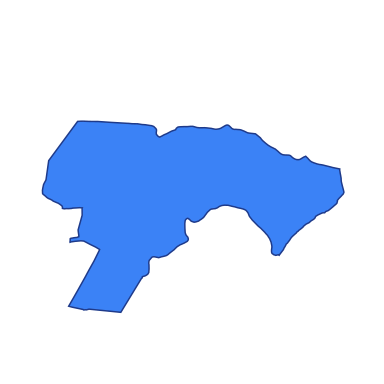 Roseau Valley, Anse-la-Raye, Saint Lucia (orthographic projection), rotated 165°
{"feature_id": "8701671B68986810783457", "entity_name": "Roseau Valley", "entity_type": "district", "adm_level": 2, "iso_a3": "LCA", "parent_name": "Saint Lucia", "parent_adm1": "Anse-la-Raye", "projection": "orthographic", "projection_center": [-61.028, 13.953], "detail": "fine", "context": "isolated", "style": "filled", "palette": "blue", "viewbox_px": 384, "rotation_deg": 165, "n_neighbors": 0, "source": "geoboundaries", "source_scale": "gbopen_adm2", "svg_char_len": 5919}
<svg xmlns="http://www.w3.org/2000/svg" viewBox="0 0 384 384"><g transform="rotate(165 192 192)"><path d="M322.8,175.0L321.7,175.1L317.5,174.6L311.9,173.6L309.2,172.6L306.9,170.5L304.0,167.8L299.4,163.8L296.1,160.4L296.5,159.8L300.8,154.9L304.6,150.6L311.5,143.5L315.3,139.5L316.3,138.4L326.7,127.7L334.2,120.1L339.3,115.0L340.7,113.6L337.6,111.8L330.9,108.4L327.6,106.7L327.0,106.0L326.3,106.0L325.3,105.8L324.5,105.5L321.8,105.5L299.8,97.2L291.9,94.2L263.3,121.5L263.1,121.6L262.6,121.8L262.2,122.1L262.0,122.9L261.9,123.0L261.2,123.1L260.2,123.1L259.2,123.1L258.1,123.3L257.0,123.7L256.2,123.9L254.6,125.4L253.4,128.8L252.4,132.8L252.2,134.5L251.8,135.5L251.5,136.3L251.1,136.8L251.0,137.0L250.7,137.3L250.0,137.7L248.9,138.5L247.7,139.3L247.1,139.5L246.2,139.4L245.4,139.3L244.8,139.0L244.6,138.9L243.9,138.6L243.2,138.2L242.1,137.7L241.5,137.3L240.8,137.2L240.2,137.2L238.4,137.3L236.4,137.2L234.8,137.2L234.5,137.2L233.7,137.2L233.1,137.3L232.2,137.5L231.4,137.8L230.7,138.1L229.8,138.6L229.0,138.9L228.1,139.3L226.9,139.8L225.5,140.4L224.2,140.9L223.5,141.3L223.3,141.5L220.7,142.9L219.8,143.3L219.5,143.3L218.9,143.5L217.4,144.0L216.1,144.2L215.8,144.2L215.2,144.3L214.1,144.5L212.6,144.7L211.6,145.0L210.3,145.3L209.3,145.6L208.3,146.4L207.9,147.1L207.7,147.6L207.7,149.4L208.4,150.8L209.0,152.4L209.1,154.6L208.2,159.0L207.1,163.4L206.1,165.9L206.0,166.0L205.8,166.4L205.4,166.8L205.0,167.1L204.8,167.2L203.9,167.7L203.3,167.6L202.8,167.7L202.2,166.8L201.8,166.6L200.3,164.0L200.0,163.8L199.9,163.7L198.6,162.8L197.8,162.3L197.2,162.2L196.1,162.1L193.4,162.2L193.2,162.2L190.9,163.1L190.3,163.2L189.9,163.4L189.1,163.7L187.7,164.3L186.9,164.8L185.8,165.7L185.1,166.3L184.0,167.1L183.8,167.3L183.7,167.4L182.3,168.5L180.4,169.5L179.6,169.9L179.2,170.2L178.3,170.4L177.3,170.5L176.8,170.4L176.7,170.3L176.0,170.3L173.8,169.9L173.2,170.0L172.0,170.1L171.4,170.2L170.4,170.6L169.9,170.8L168.9,171.0L168.3,171.1L166.5,171.2L165.0,171.0L163.7,170.8L162.5,170.4L161.1,170.0L160.5,169.8L158.9,168.9L156.8,167.7L155.4,167.0L154.0,166.3L153.2,165.7L152.4,165.3L152.0,165.0L151.0,164.5L149.2,163.6L147.3,162.5L146.8,162.2L146.3,161.8L145.5,161.2L144.6,160.3L144.1,159.3L143.9,158.8L143.6,158.3L143.6,158.0L143.3,157.3L143.1,156.0L143.1,155.5L142.8,153.5L141.0,149.2L140.2,147.8L138.4,144.6L137.5,143.0L136.8,141.8L135.8,140.4L134.9,139.1L134.0,137.5L133.0,135.8L132.0,134.0L131.5,132.8L131.2,132.3L130.3,130.6L129.9,129.4L129.9,129.2L129.1,126.9L128.6,123.1L128.8,119.5L129.1,118.0L129.5,117.1L130.1,115.6L130.2,115.4L130.7,113.4L130.7,112.3L130.3,111.5L129.9,111.1L129.1,110.1L128.3,109.7L127.7,109.2L126.9,109.1L125.6,109.1L124.7,109.0L124.7,108.9L124.5,108.7L124.4,108.5L124.2,108.3L123.9,108.6L123.4,109.0L120.3,111.4L118.6,112.7L117.8,113.8L117.1,114.5L116.5,115.0L115.1,116.5L114.5,117.3L113.0,118.0L111.8,119.0L110.7,119.8L110.3,120.1L108.9,121.4L107.7,122.4L105.6,123.6L103.0,124.9L101.9,125.4L100.9,126.3L99.7,126.6L99.4,126.9L98.5,127.4L96.4,128.2L94.0,129.3L93.6,129.6L93.4,129.9L91.1,131.0L89.9,131.5L87.2,132.0L86.5,132.2L85.1,133.0L84.1,133.4L81.4,134.2L79.8,135.2L79.1,136.2L78.3,136.7L78.0,136.7L76.5,137.2L73.7,137.7L72.0,138.0L70.8,138.0L69.4,137.6L69.2,137.6L67.9,138.5L65.1,138.8L63.0,139.7L59.1,141.5L58.2,142.0L56.4,142.8L55.0,143.6L54.3,144.8L53.9,145.5L53.8,146.2L51.8,147.7L49.2,149.2L47.7,150.2L46.7,150.7L45.9,151.6L45.3,152.5L45.2,155.0L45.2,158.9L45.1,163.2L44.8,165.1L44.4,166.8L44.1,170.0L44.0,171.8L43.8,173.5L43.7,175.0L43.3,176.0L48.3,178.5L49.3,179.0L49.9,179.3L51.4,180.2L54.1,181.7L57.0,183.3L58.6,184.2L60.3,185.0L61.8,185.6L62.7,186.1L64.0,186.8L66.8,188.7L68.1,189.7L68.7,190.2L69.6,191.2L69.9,191.7L70.9,193.5L71.5,194.8L71.9,195.4L72.4,196.2L72.9,197.1L73.1,197.1L73.4,197.0L75.0,196.8L77.4,196.1L79.1,195.6L80.4,195.6L82.3,196.1L83.8,197.0L85.0,198.1L86.0,199.3L86.6,200.2L86.8,200.6L87.6,201.7L88.4,202.3L89.4,202.7L90.3,203.0L92.3,203.6L94.0,204.2L95.2,204.9L96.1,205.7L97.3,207.2L98.4,209.0L99.8,211.0L100.4,211.9L101.7,213.0L102.5,213.8L103.7,214.7L104.0,215.1L105.0,216.0L105.2,216.3L106.2,217.3L107.1,218.5L108.3,220.1L109.3,221.6L110.5,223.4L111.3,225.0L111.9,226.6L115.2,231.2L115.7,231.8L121.3,234.0L123.0,234.8L124.4,236.0L125.9,237.3L127.4,238.4L128.6,239.3L129.8,239.9L131.6,240.5L133.5,241.2L134.9,241.5L135.6,241.9L136.1,242.2L137.0,243.0L137.8,244.4L138.7,245.9L139.4,246.9L140.4,247.5L141.5,247.7L142.8,247.5L144.6,247.0L146.1,246.6L147.4,246.2L149.4,246.0L151.4,246.2L152.7,246.4L153.9,246.9L155.5,247.7L157.0,248.5L159.1,249.3L161.1,250.1L163.4,250.9L165.5,251.4L168.2,252.1L170.5,253.0L172.3,254.1L174.2,255.2L176.4,255.8L179.8,256.4L182.7,257.2L185.8,257.9L187.4,258.2L187.9,258.3L188.0,258.3L189.1,258.3L190.8,257.5L191.7,256.4L192.7,256.3L193.7,256.2L194.3,256.2L195.7,256.1L196.4,256.0L201.2,254.9L204.2,254.5L206.5,253.9L209.0,253.4L210.3,254.5L211.5,257.0L211.1,258.8L210.4,260.4L210.2,261.4L210.2,261.6L210.5,262.7L212.0,265.2L213.8,266.5L215.5,267.2L219.8,269.1L222.8,270.1L226.8,271.9L232.3,273.5L235.2,274.6L237.7,275.4L253.7,280.7L264.5,284.4L272.8,286.7L279.2,288.7L280.3,288.9L280.7,289.1L282.8,289.5L284.2,289.8L322.3,259.4L329.8,241.7L330.7,240.6L331.7,239.6L333.4,237.7L335.0,234.6L336.0,232.4L336.7,229.3L336.5,228.5L334.4,225.6L333.8,224.5L332.5,223.0L330.7,221.6L329.4,220.4L328.4,219.1L325.6,216.9L324.0,215.7L322.4,213.8L321.2,212.2L321.1,211.4L321.1,210.7L321.3,210.1L321.4,209.7L320.5,209.2L319.7,208.8L318.4,208.6L317.2,208.4L316.1,208.0L312.7,207.3L311.4,207.3L310.4,207.1L308.5,206.7L304.5,205.9L302.2,205.1L302.3,205.0L303.7,199.6L304.1,198.0L311.9,184.7L311.9,184.1L312.1,183.4L312.6,179.3L312.9,178.1L313.6,178.1L314.0,178.0L314.6,177.9L315.1,177.9L315.4,178.0L316.1,178.1L316.7,178.2L317.4,178.3L318.2,178.4L318.5,178.4L319.8,178.5L320.6,178.6L320.9,178.6L321.0,178.6L321.3,178.6L321.6,178.5L321.6,178.4L321.9,177.9L322.2,176.8L322.5,176.0L322.8,175.3L322.8,175.0Z" fill="#3b82f6" stroke="#1e3a8a" stroke-width="1.5"/></g></svg>